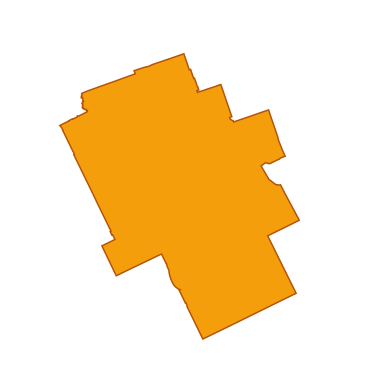 Hindmarsh, Victoria, Australia, rotated 154°
{"feature_id": "25037944B30828491037515", "entity_name": "Hindmarsh", "entity_type": "district", "adm_level": 2, "iso_a3": "AUS", "parent_name": "Australia", "parent_adm1": "Victoria", "projection": "orthographic", "projection_center": [141.947, -36.033], "detail": "fine", "context": "isolated", "style": "filled", "palette": "amber", "viewbox_px": 384, "rotation_deg": 154, "n_neighbors": 0, "source": "geoboundaries", "source_scale": "gbopen_adm2", "svg_char_len": 4179}
<svg xmlns="http://www.w3.org/2000/svg" viewBox="0 0 384 384"><g transform="rotate(154 192 192)"><path d="M108.0,119.6L108.0,121.2L109.1,150.0L109.3,159.7L110.4,159.9L112.7,161.5L113.2,161.6L117.3,169.5L118.5,185.1L113.0,186.1L110.3,183.6L109.6,183.4L101.1,183.4L100.2,183.2L98.9,183.2L97.8,183.7L96.1,183.7L95.1,183.5L93.9,183.5L92.6,183.3L92.4,190.0L91.6,200.3L90.7,204.6L89.5,214.0L88.6,221.3L88.3,223.9L87.2,232.2L87.3,232.2L93.3,233.0L104.6,234.3L116.4,235.8L119.0,236.1L121.1,236.4L123.0,236.6L123.9,236.7L123.7,238.0L123.8,238.1L124.3,238.4L125.6,240.6L125.5,242.5L123.2,242.2L123.1,243.1L119.5,271.7L119.0,276.0L123.0,276.5L123.1,276.4L124.4,276.6L132.5,277.7L143.4,279.1L143.2,280.9L141.2,280.7L140.7,284.0L141.0,284.1L140.7,286.8L140.6,287.0L140.3,289.5L139.9,293.2L140.7,293.3L140.3,296.9L139.9,299.9L139.8,300.6L139.5,302.8L140.9,303.0L140.8,303.7L140.7,304.4L140.6,304.9L140.3,307.7L140.1,308.6L140.0,309.4L140.0,309.6L139.9,310.1L139.9,310.4L139.9,310.6L139.0,317.8L138.7,319.8L154.2,321.7L171.7,323.9L174.9,323.9L175.1,323.8L180.9,325.1L190.9,326.4L191.2,323.1L196.7,323.7L213.7,325.5L221.4,326.4L241.6,328.6L246.2,328.9L247.9,328.9L247.9,328.7L248.0,328.5L248.2,328.4L248.3,328.3L248.3,328.2L248.2,328.1L248.1,327.9L248.1,327.7L248.3,327.4L248.5,327.3L248.7,327.2L248.8,327.1L249.0,327.0L249.2,326.9L249.3,326.8L249.4,326.7L249.2,326.5L249.2,326.4L249.3,326.2L249.5,326.0L249.6,325.9L249.3,325.9L249.2,325.8L249.2,325.7L249.1,325.3L249.1,325.2L249.0,324.9L249.3,324.7L249.5,324.8L249.8,324.7L249.5,324.4L249.4,324.3L249.3,324.2L249.2,324.1L249.3,323.9L249.4,323.6L249.6,323.4L249.7,323.0L249.7,322.7L249.8,322.4L249.9,322.2L249.8,321.9L249.7,321.7L249.8,321.5L250.0,321.6L250.3,321.4L250.3,321.2L250.2,320.8L250.1,320.7L250.3,320.6L250.6,320.7L250.8,320.8L251.0,320.9L251.1,320.6L251.1,320.4L251.1,320.2L251.3,320.1L251.7,319.9L252.0,319.8L252.2,319.7L251.9,319.4L251.8,319.2L251.6,319.1L251.6,318.8L251.7,318.6L251.8,318.4L251.9,318.2L252.0,318.2L252.4,317.9L252.4,317.7L252.5,317.5L252.5,317.4L252.8,317.3L252.9,317.2L252.8,316.8L252.8,316.7L253.0,316.4L253.0,316.2L253.3,316.1L253.2,316.0L253.1,315.9L253.1,315.7L253.3,315.6L253.2,315.5L253.1,315.4L253.0,315.2L252.8,315.1L252.7,315.0L252.7,314.9L252.8,314.9L253.0,314.8L253.3,314.6L253.2,314.5L253.1,314.4L252.8,314.2L252.7,313.9L252.3,313.8L252.1,313.8L252.0,313.7L251.8,313.5L251.6,313.3L251.5,313.1L251.5,312.9L251.7,312.7L251.1,312.3L250.9,312.2L250.9,311.8L251.0,311.6L251.1,311.2L251.0,310.8L250.8,310.7L250.5,310.8L250.5,310.5L250.7,310.2L251.1,310.1L260.9,309.9L261.6,310.7L262.4,309.9L262.6,309.8L265.1,309.8L267.6,309.8L267.6,310.2L271.4,310.1L271.4,309.8L278.9,309.8L280.5,309.7L281.7,309.7L281.3,308.4L281.0,307.0L280.9,303.9L281.2,303.9L281.2,299.4L281.2,294.4L281.2,289.3L281.2,289.1L281.2,283.6L281.2,282.2L281.2,280.2L281.1,279.8L281.2,277.4L281.5,277.4L281.8,277.4L281.9,277.2L281.9,270.6L281.9,265.7L281.9,265.0L281.9,264.4L281.9,264.1L281.9,262.9L281.9,261.1L281.9,260.4L281.9,260.0L281.9,259.4L281.9,258.8L281.9,257.5L281.9,257.3L281.9,254.0L281.9,247.1L281.9,246.8L281.9,245.4L281.9,243.6L281.9,239.4L281.9,239.0L281.9,237.8L281.9,235.5L281.9,231.4L282.0,224.8L282.0,224.2L282.0,220.7L282.0,218.6L282.0,213.8L282.0,213.3L282.0,211.0L282.0,206.4L282.0,205.8L282.0,204.7L282.0,201.2L282.0,199.3L282.0,196.4L282.0,194.5L282.0,194.4L281.9,194.4L281.9,194.1L281.9,193.9L282.0,193.9L282.0,193.1L282.0,192.9L282.0,192.3L282.9,192.3L282.9,188.4L282.5,188.4L282.2,188.4L282.0,183.2L283.7,183.1L284.3,183.1L284.7,183.1L286.2,183.1L289.2,183.1L289.7,183.1L290.5,183.1L292.1,183.1L292.9,183.1L293.6,183.1L294.1,183.1L294.8,183.1L296.6,183.1L296.7,166.4L296.8,149.9L289.3,149.9L281.8,149.9L256.1,149.7L252.9,149.7L249.7,149.7L246.5,149.6L246.6,148.8L246.6,146.2L246.6,138.7L246.3,138.7L246.6,137.3L247.0,136.1L247.1,131.8L247.1,131.7L247.3,131.1L247.9,129.6L248.9,125.7L248.8,125.1L249.2,123.0L249.3,120.9L249.2,117.0L248.8,115.4L248.2,113.4L246.9,110.9L245.6,109.5L246.6,109.5L246.6,106.4L246.6,103.1L246.6,94.9L246.1,94.9L246.1,92.4L246.7,91.3L246.7,84.6L246.7,55.1L214.7,55.1L159.4,55.3L142.8,55.3L143.2,119.4L117.6,119.5L108.0,119.6Z" fill="#f59e0b" stroke="#b45309" stroke-width="1.5"/></g></svg>